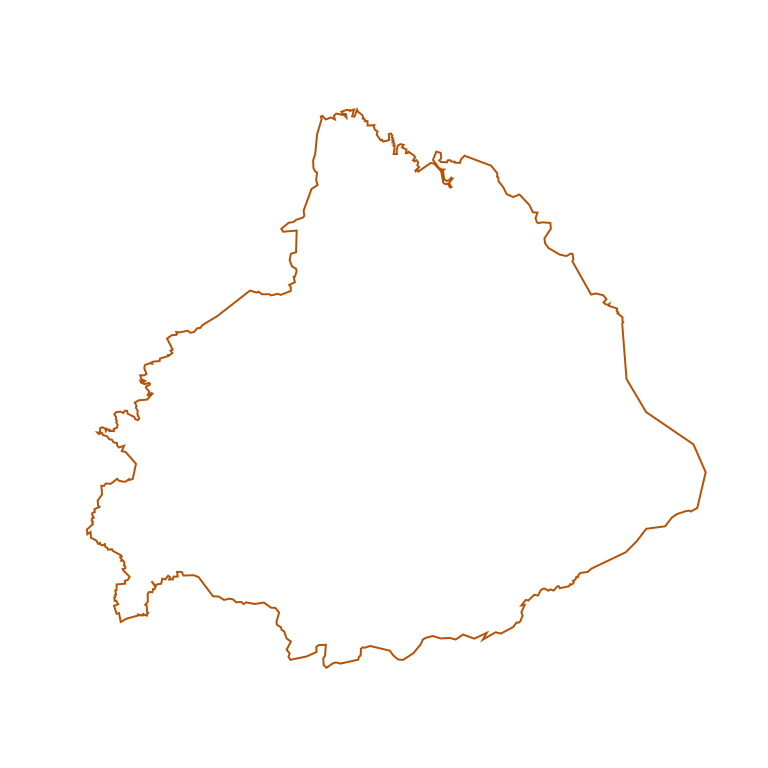 Pampanga, Pampanga, Philippines, rotated 174°
{"feature_id": "2640588B20595662599865", "entity_name": "Pampanga", "entity_type": "district", "adm_level": 2, "iso_a3": "PHL", "parent_name": "Philippines", "parent_adm1": "Pampanga", "projection": "albers", "projection_center": [120.654, 15.023], "detail": "fine", "context": "isolated", "style": "outline", "palette": "amber", "viewbox_px": 768, "rotation_deg": 174, "n_neighbors": 0, "source": "geoboundaries", "source_scale": "gbopen_adm2", "svg_char_len": 6160}
<svg xmlns="http://www.w3.org/2000/svg" viewBox="0 0 768 768"><g transform="rotate(174 384 384)"><path d="M280.0,602.6L283.9,599.5L285.3,596.0L290.3,596.7L290.4,597.7L293.3,598.0L294.9,599.7L297.4,599.7L298.1,597.9L304.2,598.8L305.7,600.5L303.5,602.6L303.5,608.0L307.7,609.6L311.9,601.7L306.8,593.2L304.5,591.4L301.8,591.0L303.1,589.9L302.7,581.0L300.2,579.4L297.4,580.2L295.7,582.2L294.3,581.2L298.3,577.2L296.4,572.7L297.8,572.5L299.5,576.5L302.2,576.4L304.0,578.0L304.9,589.5L311.1,597.9L314.6,598.9L327.6,591.7L328.1,593.7L330.2,592.2L330.5,593.1L326.4,596.0L328.0,598.1L326.8,600.9L328.4,603.3L330.3,602.2L331.8,603.4L329.3,606.2L330.5,608.3L335.4,612.5L336.3,611.1L338.2,611.3L337.1,614.9L341.4,617.4L339.5,619.8L342.5,620.8L345.2,619.8L347.1,614.6L347.1,611.4L350.4,611.7L348.6,618.8L349.6,620.1L348.5,620.0L348.9,622.8L350.3,623.3L349.0,625.1L350.4,625.9L349.3,627.3L350.5,628.6L349.7,630.1L350.9,632.3L352.8,632.2L353.5,626.0L359.6,625.2L360.4,627.1L361.9,626.8L365.2,632.8L364.0,635.9L366.5,637.8L367.3,641.2L366.6,642.5L373.3,642.7L373.0,647.2L375.6,647.4L375.5,649.3L377.3,650.2L376.6,650.8L377.5,653.7L381.4,657.5L382.1,659.7L385.4,653.0L387.7,653.5L385.1,660.1L389.3,659.1L389.3,660.0L392.7,660.4L397.9,659.3L397.4,657.5L393.7,656.4L393.6,653.0L395.3,655.4L403.2,657.9L405.8,656.0L405.2,652.3L408.9,654.6L414.3,653.2L417.2,657.1L418.9,656.5L418.3,654.1L424.4,639.4L428.4,620.0L431.1,613.8L431.6,606.0L430.4,602.9L428.4,601.2L430.2,593.9L429.2,588.9L435.7,585.5L445.9,564.7L445.6,559.7L447.2,558.0L454.4,556.4L457.1,554.6L461.9,554.3L469.9,549.1L468.4,546.0L454.8,545.7L457.7,524.3L463.0,523.2L464.9,517.3L463.2,510.6L459.5,507.9L459.1,505.4L461.3,500.2L462.7,500.1L462.0,494.6L467.9,492.4L466.6,490.1L467.0,486.3L477.5,483.4L480.1,484.8L486.9,483.9L488.8,485.3L496.0,486.0L499.2,488.9L501.1,488.2L507.5,490.9L542.8,468.9L558.4,461.6L560.8,459.0L563.8,459.0L567.7,455.5L571.1,455.2L573.8,457.5L581.6,456.7L585.2,457.4L584.6,455.3L585.5,454.6L590.0,454.7L595.0,451.9L590.6,440.3L592.8,439.5L591.2,437.0L593.8,435.3L595.6,435.4L595.4,434.4L604.2,432.7L604.8,430.3L611.7,430.3L613.1,429.7L612.5,428.4L614.9,429.1L619.7,427.9L620.8,425.0L619.2,418.8L621.5,417.7L625.6,418.1L624.5,413.8L621.2,412.1L623.3,410.7L625.9,412.7L625.7,410.9L622.2,408.9L617.6,409.7L616.8,408.9L617.3,407.4L620.1,406.9L621.2,405.4L618.2,400.7L620.2,397.6L618.9,397.0L616.2,399.3L615.2,398.7L621.2,393.3L629.6,393.4L633.8,391.6L632.4,388.1L633.2,386.4L631.8,383.1L632.4,379.5L631.0,375.3L632.6,373.8L634.9,374.9L635.9,377.4L642.0,381.2L642.3,384.1L644.5,384.5L646.3,382.4L648.8,384.0L653.4,384.0L655.4,382.0L653.9,379.3L654.4,377.4L653.5,375.2L654.3,373.7L653.2,371.3L654.0,368.6L657.6,367.4L657.6,365.4L660.6,365.8L661.6,367.0L662.1,366.1L664.3,368.4L665.5,366.4L666.0,368.8L668.7,370.4L670.9,369.8L671.4,365.4L674.2,365.8L672.8,364.1L669.5,364.7L668.9,362.7L664.8,360.9L663.0,357.8L660.4,357.0L659.1,354.2L655.7,353.3L655.8,350.5L654.3,348.6L649.0,349.7L651.8,344.7L648.1,343.4L639.0,330.5L643.8,315.9L647.2,315.1L647.5,316.1L651.1,314.0L653.4,314.1L657.5,315.4L659.3,317.6L666.1,313.3L671.1,314.1L673.2,311.9L675.7,312.3L676.0,303.5L680.9,298.0L681.1,293.2L679.8,291.5L685.1,289.7L685.0,286.9L687.4,286.3L688.0,284.7L686.6,281.4L688.2,281.1L689.1,278.7L687.9,277.6L688.7,276.5L688.0,275.2L694.6,270.4L694.7,265.6L691.3,267.5L691.5,261.7L686.3,258.2L685.1,254.9L683.1,255.7L682.8,253.9L680.5,252.9L678.3,253.9L678.2,251.3L676.2,249.8L675.8,248.0L671.8,248.1L671.4,246.6L663.1,240.8L662.8,239.9L664.6,239.3L663.0,236.7L663.8,235.7L661.7,235.4L660.7,233.0L661.7,231.0L660.3,229.6L660.6,227.7L663.2,227.5L662.8,225.9L657.1,218.8L659.3,215.9L662.4,215.3L662.2,212.5L670.8,212.6L671.6,206.9L672.9,206.7L672.5,202.5L673.5,202.3L673.4,200.2L674.6,199.9L674.5,196.5L673.0,196.5L671.4,192.8L675.7,191.6L673.9,183.4L671.5,183.8L670.7,174.8L664.4,177.6L652.5,179.5L652.6,180.4L649.7,179.2L647.5,180.3L647.6,179.1L645.3,179.4L643.7,177.8L644.2,179.5L642.4,181.0L643.4,181.7L643.2,188.7L644.5,189.4L641.7,192.1L640.9,200.1L639.5,201.7L636.2,201.1L635.2,204.1L633.8,203.7L632.5,206.1L635.8,212.1L632.2,206.9L630.7,208.4L626.5,208.7L624.8,213.6L621.9,212.5L618.7,215.9L616.9,214.0L618.1,212.0L614.3,211.8L613.5,214.4L609.3,214.1L609.4,218.8L604.8,218.2L603.5,214.5L593.1,213.7L588.6,211.3L576.3,190.8L570.7,189.9L565.7,186.0L560.0,186.6L556.5,185.5L554.0,182.4L548.6,182.1L546.6,179.8L543.9,181.3L535.5,178.7L526.3,179.2L519.7,173.3L515.5,172.7L512.2,167.7L515.9,158.4L515.6,155.7L511.8,152.7L511.5,150.1L509.1,148.4L507.5,141.1L503.5,137.6L508.6,129.9L506.0,125.9L507.5,122.8L506.0,119.5L489.6,121.1L479.1,124.5L478.8,129.7L476.1,131.2L469.1,130.7L471.0,120.0L473.1,117.5L473.4,110.8L470.9,107.8L463.9,111.6L460.8,112.1L456.6,110.5L438.5,112.5L437.4,115.4L435.6,116.4L434.6,123.1L432.6,124.4L430.8,123.7L425.2,124.9L406.1,118.2L403.2,113.1L398.7,108.5L394.0,107.6L382.9,113.2L374.6,121.4L372.2,125.7L369.3,127.1L361.9,128.3L354.2,125.0L345.2,124.6L339.4,122.4L331.5,126.6L320.9,121.3L307.8,125.8L312.5,119.4L299.0,125.4L293.8,123.6L280.9,128.8L277.1,133.0L275.1,132.5L273.3,133.7L270.4,139.1L271.2,142.7L267.2,149.6L270.5,149.4L265.6,154.4L263.0,153.6L256.8,158.6L253.0,157.6L249.4,162.8L246.2,164.0L242.1,161.3L240.0,162.4L236.9,160.8L232.6,164.8L231.2,164.5L230.5,162.5L221.2,163.5L219.8,165.5L218.7,164.8L216.9,165.7L215.9,167.0L216.7,168.3L214.0,169.6L212.8,172.2L211.3,171.6L210.4,174.1L208.2,175.6L201.1,175.8L197.3,178.6L161.2,191.4L149.1,201.2L138.3,212.6L119.2,213.1L111.8,221.0L106.2,224.1L97.0,226.0L93.4,226.1L92.2,225.1L85.4,228.0L73.3,262.6L82.6,291.7L126.2,328.6L142.3,363.6L140.8,419.4L139.5,420.6L140.3,422.0L139.8,425.3L144.5,430.0L143.6,430.9L145.0,432.6L144.2,434.6L152.3,438.3L151.6,440.0L152.6,439.3L155.2,440.1L157.2,442.1L153.9,445.2L156.8,449.4L163.8,451.9L168.7,451.3L183.8,486.2L182.6,488.4L182.9,493.8L185.1,494.0L189.3,492.2L195.7,494.3L206.4,502.2L209.1,507.2L209.2,512.1L201.8,521.0L201.7,526.8L209.9,528.3L213.7,527.8L215.0,528.8L216.0,533.1L213.4,538.4L218.0,539.2L220.8,546.9L229.5,558.3L235.9,556.4L242.2,560.1L244.8,567.2L248.9,573.6L248.8,577.6L249.9,578.3L249.2,581.5L254.6,589.9L280.0,602.6Z" fill="none" stroke="#b45309" stroke-width="2"/></g></svg>